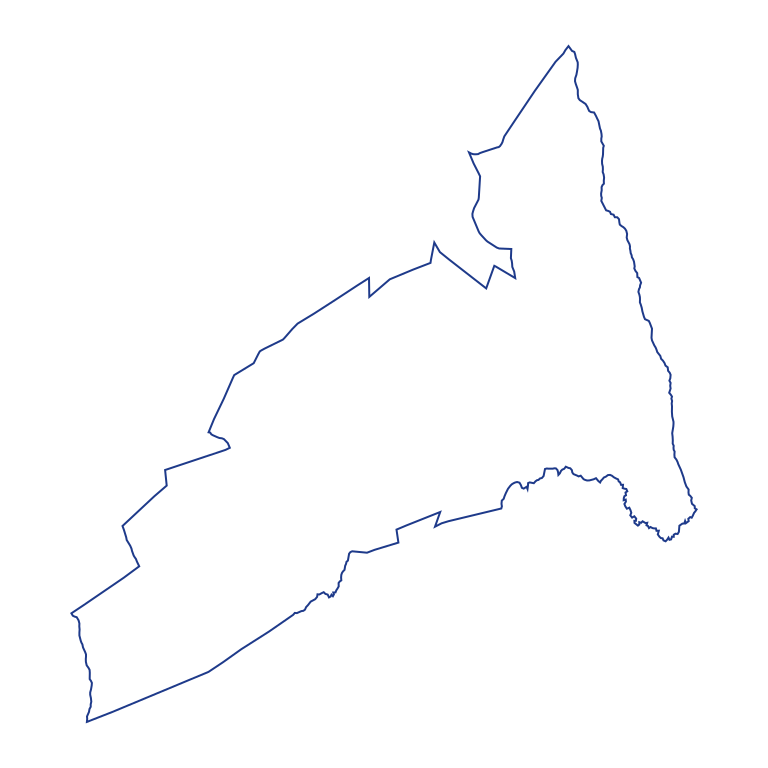 outline of Kiminini, Rift Valley, Kenya
{"feature_id": "3690345B935775811379", "entity_name": "Kiminini", "entity_type": "district", "adm_level": 2, "iso_a3": "KEN", "parent_name": "Kenya", "parent_adm1": "Rift Valley", "projection": "equal_earth", "projection_center": [35.015, 0.934], "detail": "fine", "context": "isolated", "style": "outline", "palette": "blue", "viewbox_px": 768, "rotation_deg": 0, "n_neighbors": 0, "source": "geoboundaries", "source_scale": "gbopen_adm2", "svg_char_len": 6064}
<svg xmlns="http://www.w3.org/2000/svg" viewBox="0 0 768 768"><path d="M568.5,46.1L565.4,50.1L563.4,53.6L555.6,61.7L534.8,90.9L514.5,121.1L504.3,136.4L503.2,139.6L502.5,142.0L501.6,143.8L500.0,146.1L498.7,147.1L497.1,147.4L482.7,152.1L479.9,153.1L478.1,154.1L475.5,154.3L473.4,154.2L471.3,153.6L469.0,152.4L473.6,163.4L478.6,173.2L480.1,176.3L478.8,197.6L478.5,199.6L474.1,208.1L473.0,211.5L472.4,213.9L472.6,216.9L478.7,231.5L479.7,233.3L481.5,235.4L486.0,240.3L487.5,241.6L496.8,247.6L499.2,248.5L511.3,249.0L510.9,258.2L511.7,260.7L512.1,263.5L512.3,266.9L514.2,271.6L515.2,278.1L495.9,266.6L494.3,265.8L486.2,288.4L449.2,259.6L439.9,252.1L434.3,242.5L430.9,260.1L430.5,262.9L413.1,269.6L389.8,279.3L369.3,296.9L369.0,278.0L357.4,285.4L335.9,299.5L314.2,313.5L297.6,323.6L292.3,329.0L284.3,338.2L282.9,339.6L264.6,348.6L261.3,350.4L259.8,351.4L258.4,353.9L253.7,363.2L234.2,375.1L232.8,378.1L223.8,398.7L214.0,419.1L208.6,432.3L210.2,432.6L211.3,434.3L212.8,435.2L217.3,437.2L219.4,438.0L221.9,438.3L223.9,439.1L227.8,443.1L229.8,447.8L225.5,449.9L165.1,470.0L166.7,485.6L154.4,496.2L122.5,526.0L123.9,529.8L125.4,534.7L126.2,537.3L126.7,540.0L130.2,545.7L131.5,548.7L132.0,550.9L133.7,555.6L134.8,557.4L135.9,558.9L136.9,561.5L139.2,566.3L123.5,577.9L83.7,605.1L71.4,613.3L72.8,615.7L74.6,616.6L76.7,617.2L78.6,620.4L79.4,623.5L79.3,626.4L79.6,629.5L79.4,632.4L79.4,635.5L80.7,640.6L81.4,642.6L82.4,644.4L83.0,647.4L85.2,652.2L86.0,654.4L86.0,656.8L85.8,659.0L85.9,661.9L86.7,665.4L88.4,667.7L89.6,669.9L89.8,672.8L89.7,679.1L90.9,680.8L91.9,682.9L91.7,685.5L91.0,689.5L90.2,692.4L90.2,694.8L90.9,698.0L91.3,701.7L90.7,704.3L90.7,706.8L89.5,709.0L89.0,711.9L87.8,714.6L87.0,716.5L87.2,718.9L86.9,721.9L112.5,711.9L208.5,671.9L222.9,662.3L241.3,649.2L269.1,631.5L293.2,614.8L294.8,612.9L296.9,613.1L301.4,611.1L303.4,610.8L305.0,609.6L306.1,607.1L307.9,605.2L310.7,601.6L315.2,599.2L317.1,596.9L317.5,594.3L319.3,594.5L321.6,593.2L323.7,592.2L325.4,593.9L327.7,594.6L329.0,597.4L330.6,596.5L331.5,594.7L332.9,596.2L333.9,594.4L333.3,592.5L335.5,592.4L336.3,590.3L337.4,588.7L338.7,586.4L338.6,583.0L339.8,581.4L341.3,580.4L341.1,577.5L341.3,574.9L342.0,572.9L343.0,571.4L344.5,569.9L345.2,565.7L346.0,564.0L346.5,561.8L347.9,560.6L349.1,553.7L350.4,552.1L352.2,551.3L367.0,552.7L374.7,549.8L398.4,542.6L396.5,529.6L406.5,525.4L440.2,512.0L435.0,526.7L441.6,523.3L448.5,521.2L501.3,508.5L501.9,506.3L501.5,503.9L501.8,500.6L503.7,498.8L504.5,496.3L505.9,493.0L508.0,488.8L510.3,485.8L511.8,484.3L513.6,483.2L515.1,482.5L517.1,482.0L519.5,482.7L520.9,485.1L521.9,487.8L523.7,488.6L526.6,486.8L527.5,489.0L528.0,485.4L528.1,483.1L529.7,482.4L533.8,483.2L535.5,481.3L537.0,480.2L538.5,479.9L539.9,478.5L541.9,478.0L543.6,476.0L545.0,469.0L546.8,468.5L548.7,468.7L551.1,468.7L552.7,468.7L554.3,468.3L555.9,468.4L557.5,470.1L558.1,472.4L558.4,474.9L559.8,473.4L561.0,470.9L562.3,469.6L564.2,468.8L565.8,466.7L568.4,467.9L570.3,468.3L571.9,470.2L572.3,472.5L573.5,474.1L577.1,475.6L578.6,476.4L580.7,475.7L583.6,479.2L585.1,479.9L587.1,480.5L589.4,480.4L593.6,479.3L596.0,478.2L598.3,481.0L600.1,482.5L601.0,480.7L602.3,479.4L603.9,477.5L605.8,476.7L607.9,475.1L610.0,474.9L611.9,475.7L613.9,477.3L616.1,478.5L618.1,479.4L618.7,481.4L620.1,482.3L621.1,484.9L623.0,484.8L622.7,488.1L624.5,488.7L626.3,489.0L627.3,491.3L625.5,492.5L626.0,495.3L624.4,496.2L623.8,498.1L623.7,500.2L625.7,499.6L625.9,501.6L624.4,504.0L625.3,506.3L626.9,508.7L629.3,507.7L630.5,510.2L631.3,512.8L630.3,515.3L632.1,517.6L634.3,516.3L636.2,518.6L635.9,520.8L634.4,520.8L634.5,522.9L637.9,525.6L639.3,524.5L639.3,522.2L641.1,522.8L642.6,521.3L645.6,523.1L647.2,522.8L646.5,525.3L648.0,526.0L649.0,528.1L650.5,527.0L652.5,528.1L654.0,528.4L655.9,528.4L656.5,530.8L658.8,530.7L657.8,534.4L659.4,536.7L660.9,538.1L662.6,538.3L663.5,540.4L665.6,541.3L667.2,539.6L668.5,537.6L669.5,539.8L671.1,539.4L672.0,536.6L673.7,536.8L673.8,534.7L675.5,533.7L677.6,534.0L678.9,531.8L679.4,525.7L682.4,523.6L684.3,523.5L685.1,521.0L685.9,523.2L688.7,521.1L688.3,518.8L690.2,517.1L691.7,517.7L692.8,515.7L694.1,512.8L695.3,511.4L696.6,509.4L694.8,508.3L694.7,506.1L692.0,503.8L691.2,500.5L691.8,497.8L690.1,495.7L688.8,494.7L688.5,492.5L688.6,489.5L686.4,486.5L684.8,482.2L683.5,477.2L680.8,469.6L678.3,464.2L677.6,462.1L676.4,459.6L674.6,457.3L674.4,454.7L674.6,451.5L673.7,449.8L673.5,447.8L673.7,445.8L672.7,443.6L672.8,440.2L672.6,436.7L672.2,433.2L673.3,426.6L673.5,423.9L673.5,421.8L672.2,416.4L671.9,411.8L672.0,406.4L671.7,403.5L672.1,401.0L671.4,398.6L672.0,396.6L670.8,394.7L669.2,392.8L670.6,388.5L670.2,385.8L670.6,382.9L669.4,380.7L670.3,378.3L670.6,374.8L669.7,372.7L668.1,370.8L667.7,367.3L665.5,365.6L664.5,363.0L662.9,360.6L661.1,358.8L660.3,355.9L657.3,352.1L656.4,349.4L655.6,347.5L654.3,345.4L652.0,340.4L651.5,337.8L652.0,328.7L649.8,322.9L648.8,320.9L645.0,319.2L644.0,316.9L642.4,311.4L641.7,307.7L640.7,304.4L639.9,302.4L640.0,299.4L639.9,297.1L639.4,294.8L638.4,291.9L639.0,289.1L639.9,287.4L640.1,285.3L641.1,282.7L639.1,278.0L637.4,277.1L637.2,273.1L635.4,270.8L634.3,268.4L634.7,266.4L634.0,261.7L633.1,259.2L631.9,257.3L631.6,255.2L630.7,253.1L630.4,250.7L629.9,248.5L630.0,246.4L629.5,244.2L627.4,240.2L626.7,237.6L627.1,234.0L626.3,230.8L625.0,228.7L623.4,227.2L621.6,226.1L619.8,224.6L619.4,222.6L619.0,219.2L617.3,217.3L614.8,217.2L613.6,214.7L610.9,214.0L610.0,211.8L608.4,211.0L606.1,210.3L601.3,200.9L601.8,197.9L601.2,195.9L601.1,193.5L601.7,190.3L601.6,187.1L602.5,185.1L603.9,183.7L603.8,180.7L604.1,177.6L603.6,174.4L602.7,172.0L602.9,169.4L602.8,166.7L602.1,163.8L602.0,160.9L602.2,158.8L602.7,156.8L603.0,154.5L603.2,147.8L603.8,145.8L601.3,141.4L601.3,138.6L601.7,136.5L601.5,134.0L600.9,130.7L600.0,128.5L598.5,121.2L597.2,118.6L596.0,116.0L594.1,112.5L591.0,112.1L589.2,111.0L588.3,109.1L587.4,106.9L585.6,104.0L579.8,100.1L578.4,98.2L577.8,94.2L577.8,89.9L577.1,87.7L575.8,84.0L575.0,81.2L575.2,78.3L576.4,74.8L577.0,71.6L577.6,67.8L577.8,64.6L577.7,62.3L575.9,57.8L575.1,54.2L574.3,51.9L572.0,50.9L568.5,46.1Z" fill="none" stroke="#1e3a8a" stroke-width="2"/></svg>